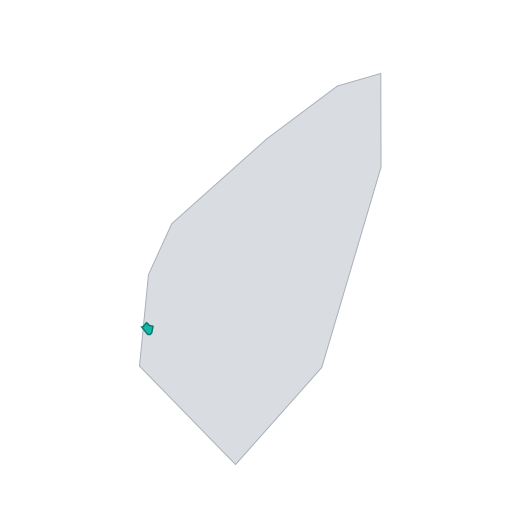 Morne La Croix, Soufrière, Saint Lucia shown in context, rotated 14°
{"feature_id": "8701671B11486827062004", "entity_name": "Morne La Croix", "entity_type": "district", "adm_level": 2, "iso_a3": "LCA", "parent_name": "Saint Lucia", "parent_adm1": "Soufrière", "projection": "mercator", "projection_center": [-61.064, 13.818], "detail": "fine", "context": "in_parent", "style": "filled", "palette": "teal", "viewbox_px": 512, "rotation_deg": 14, "n_neighbors": 0, "source": "geoboundaries", "source_scale": "gbopen_adm2", "svg_char_len": 1010}
<svg xmlns="http://www.w3.org/2000/svg" viewBox="0 0 512 512"><g transform="rotate(14 256 256)"><path d="M346.8,348.2L286.6,463.3L169.6,391.0L156.2,300.1L166.5,244.9L238.1,139.7L293.9,71.3L332.9,48.7L355.8,139.5L346.8,348.2Z" fill="#d9dde1" stroke="#a8b0b8" stroke-width="1"/><path d="M173.4,355.9L173.1,349.2L172.9,349.1L172.4,349.1L172.0,349.0L171.8,349.1L171.5,349.2L170.7,349.2L170.3,349.2L169.5,349.0L168.9,348.9L168.5,349.0L168.2,348.8L168.1,348.5L167.9,348.2L167.6,348.0L167.0,347.7L166.0,347.2L165.9,347.3L165.9,347.5L165.7,347.7L165.7,347.8L165.5,348.0L165.4,348.2L165.3,348.3L165.2,348.4L165.2,348.5L165.1,348.9L165.0,349.0L165.0,349.4L164.9,349.5L164.8,349.8L164.7,349.9L164.7,350.0L164.4,350.3L164.3,350.5L164.2,350.6L164.1,350.9L164.0,351.2L163.9,351.3L163.8,351.5L163.6,351.6L163.5,351.8L163.4,351.9L163.3,352.0L163.2,352.1L162.9,352.2L162.8,352.3L162.7,352.4L162.7,352.5L162.4,352.6L169.9,358.3L172.3,357.8L173.3,356.0L173.4,355.9Z" fill="#14b8a6" stroke="#0f766e" stroke-width="1.5"/></g></svg>